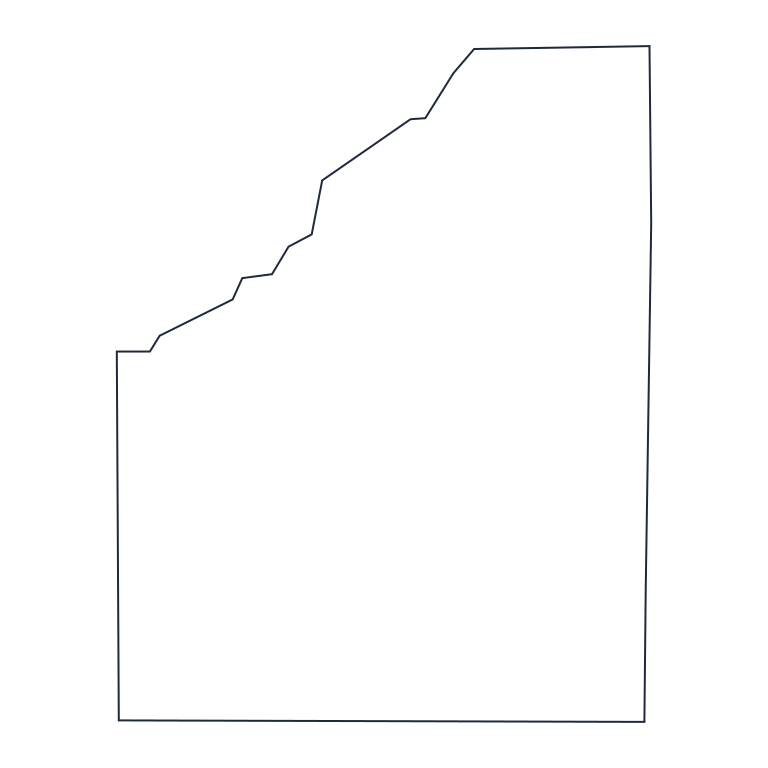 the district of Wood, Ohio, United States of America
{"feature_id": "52423323B2328996184544", "entity_name": "Wood", "entity_type": "district", "adm_level": 2, "iso_a3": "USA", "parent_name": "United States of America", "parent_adm1": "Ohio", "projection": "equal_earth", "projection_center": [-83.653, 41.393], "detail": "fine", "context": "isolated", "style": "outline", "palette": "slate", "viewbox_px": 768, "rotation_deg": 0, "n_neighbors": 0, "source": "geoboundaries", "source_scale": "gbopen_adm2", "svg_char_len": 352}
<svg xmlns="http://www.w3.org/2000/svg" viewBox="0 0 768 768"><path d="M645.7,591.4L651.2,223.4L649.5,46.1L474.1,49.0L453.4,73.2L425.3,118.2L410.6,119.2L322.2,180.4L311.7,234.4L288.6,246.6L272.0,274.2L242.3,278.1L232.7,299.4L159.7,335.7L149.9,351.5L116.8,351.5L118.8,720.4L644.4,721.9L645.7,591.4Z" fill="none" stroke="#1e293b" stroke-width="2"/></svg>